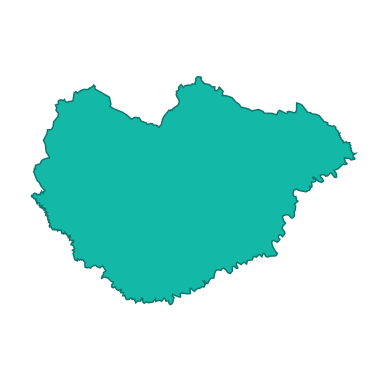 the district of Luvianos, México, Mexico, rotated 185°
{"feature_id": "50627088B51111814916404", "entity_name": "Luvianos", "entity_type": "district", "adm_level": 2, "iso_a3": "MEX", "parent_name": "Mexico", "parent_adm1": "México", "projection": "orthographic", "projection_center": [-100.389, 18.947], "detail": "fine", "context": "isolated", "style": "filled", "palette": "teal", "viewbox_px": 384, "rotation_deg": 185, "n_neighbors": 0, "source": "geoboundaries", "source_scale": "gbopen_adm2", "svg_char_len": 5988}
<svg xmlns="http://www.w3.org/2000/svg" viewBox="0 0 384 384"><g transform="rotate(185 192 192)"><path d="M203.9,77.9L202.6,78.5L201.5,80.5L200.8,85.5L202.6,86.7L202.3,88.2L194.8,86.1L194.2,87.2L194.9,89.1L194.2,90.5L187.7,90.2L184.7,90.7L185.6,94.9L185.0,95.9L181.0,93.2L178.2,96.4L175.9,96.7L173.9,98.5L171.8,98.4L170.8,101.2L173.1,104.3L171.5,104.3L169.4,102.0L168.4,102.2L166.4,106.9L165.2,107.9L162.8,108.2L162.2,113.4L161.3,116.0L159.0,116.8L156.3,116.5L155.0,118.5L153.7,118.8L151.4,117.5L149.6,115.2L148.0,114.3L146.7,114.3L144.8,117.0L145.4,120.8L145.0,121.4L143.8,121.6L141.0,119.8L139.9,120.0L139.9,121.2L141.5,123.2L141.4,124.9L140.6,125.9L136.8,124.0L134.1,126.8L131.4,125.0L130.8,128.5L126.0,129.8L125.2,132.8L124.5,133.2L122.1,132.7L120.0,135.4L119.0,135.5L116.8,133.5L115.6,137.1L114.5,136.9L112.7,134.2L111.2,133.8L109.0,134.9L103.8,135.5L102.4,136.3L101.6,138.4L103.6,140.0L106.7,144.4L108.1,148.1L108.0,150.2L106.6,151.0L103.2,149.5L102.2,149.7L100.3,152.3L101.9,154.1L102.1,156.1L100.3,157.2L97.9,155.4L95.8,158.6L96.2,160.2L99.1,163.5L98.6,165.9L96.1,169.1L98.0,171.0L99.6,174.4L99.4,176.1L96.5,177.5L93.8,177.6L91.2,175.1L89.9,174.7L88.3,176.3L87.9,177.9L88.5,181.0L87.6,183.1L87.5,187.0L88.8,188.8L85.7,192.1L87.1,192.9L88.1,196.5L89.4,196.3L90.9,197.4L91.2,200.3L90.7,202.5L88.1,204.2L85.8,202.9L78.6,202.1L75.4,204.1L74.4,205.5L75.3,207.8L73.5,207.0L72.9,207.9L73.8,212.1L70.1,213.1L69.7,214.0L70.1,215.7L72.5,216.2L73.0,216.8L72.7,217.5L71.0,216.9L66.9,213.7L63.7,212.9L62.0,214.5L63.3,216.8L65.3,218.1L65.6,219.4L65.1,220.3L61.8,220.7L60.0,219.3L58.2,220.1L55.7,223.2L54.6,222.8L51.6,219.4L50.5,219.0L49.2,219.6L49.9,222.9L52.4,226.0L48.5,227.9L44.0,232.9L41.8,232.6L40.0,233.7L42.4,235.9L42.2,236.6L43.1,238.3L43.1,239.5L41.3,238.9L38.4,239.4L36.2,237.8L32.7,239.0L32.9,240.0L34.4,240.3L34.6,241.5L34.4,242.8L32.5,244.6L34.9,244.0L35.0,244.9L36.7,246.3L36.8,247.6L37.7,247.9L37.3,249.5L38.3,251.0L38.0,252.1L39.3,253.7L39.1,254.8L42.0,254.6L42.8,255.4L45.6,254.3L45.9,256.1L48.2,257.8L48.6,259.1L49.5,259.6L49.5,261.1L50.7,261.6L49.8,263.5L51.2,263.4L52.2,265.8L54.2,266.9L54.4,268.8L55.1,269.5L56.6,270.2L58.4,269.6L62.9,270.7L62.7,272.6L66.8,273.8L71.6,278.8L75.0,280.2L78.7,280.1L80.8,281.3L83.9,281.5L90.0,288.2L92.9,289.4L95.5,289.8L95.0,282.8L95.8,280.3L96.8,279.8L102.4,280.8L103.9,280.2L103.4,279.5L104.3,278.5L105.5,278.5L111.8,281.0L112.9,280.1L114.4,276.2L119.1,277.3L126.5,276.8L127.9,277.3L128.2,278.4L132.7,280.0L139.5,278.0L143.3,279.8L150.5,280.8L153.0,283.7L156.2,285.4L160.4,289.5L165.8,290.8L170.3,290.8L169.9,291.8L170.4,293.3L169.7,294.9L173.8,298.8L174.5,297.9L174.3,296.9L176.6,294.9L178.2,295.2L178.5,298.7L181.0,298.5L184.4,300.6L189.5,301.0L189.9,302.0L192.2,303.7L193.0,305.6L192.6,306.1L192.9,307.1L193.4,307.3L196.7,307.3L198.2,305.2L197.7,303.4L198.6,300.9L198.2,299.7L201.2,299.7L203.3,297.9L205.0,298.3L208.9,296.8L209.8,295.4L212.0,298.0L212.9,297.5L213.7,295.5L214.3,295.4L214.5,294.0L213.8,293.4L214.4,291.8L216.3,291.0L216.4,290.5L215.7,289.2L216.3,288.0L215.5,285.9L212.7,282.0L212.8,278.5L213.6,277.2L218.2,273.4L218.7,271.7L220.0,272.1L220.2,271.3L222.0,271.5L226.1,265.5L227.6,262.2L228.4,256.6L230.9,253.5L232.0,254.7L233.8,255.5L236.5,255.2L237.2,256.6L238.9,256.7L242.5,255.3L243.6,256.8L248.9,258.2L251.0,261.3L255.7,261.4L258.5,259.1L263.7,263.0L268.8,265.6L276.8,267.9L280.1,269.6L281.2,270.3L280.4,272.4L282.6,279.3L297.3,286.0L298.1,287.9L297.7,288.6L299.3,290.0L300.3,288.2L303.6,286.2L304.2,285.1L309.0,284.7L312.1,283.0L314.7,280.5L316.4,281.9L317.1,280.9L317.9,281.0L318.6,272.3L323.0,271.2L324.3,270.2L326.4,271.5L327.2,273.0L328.1,271.7L330.2,272.5L332.5,271.7L333.1,270.9L332.7,268.0L335.6,266.8L334.1,264.0L334.6,261.5L331.9,258.7L332.0,255.6L336.0,249.8L336.0,244.9L337.5,242.0L341.3,241.4L341.6,237.3L344.5,230.6L342.2,226.6L340.7,219.1L337.3,214.8L337.2,213.3L338.7,213.3L343.1,211.4L344.7,209.8L345.8,206.8L350.1,204.9L350.5,203.0L349.9,201.3L351.1,201.2L351.0,199.0L351.5,198.5L347.2,189.8L345.2,188.4L342.8,184.7L338.5,180.3L339.8,179.3L340.0,177.7L341.8,179.5L341.7,178.7L342.7,178.3L342.8,176.1L344.3,176.4L345.6,175.5L346.5,175.9L346.7,176.7L348.7,177.1L349.8,176.2L350.3,174.6L351.5,174.6L351.3,173.3L349.3,172.5L349.1,171.7L346.6,171.3L347.1,170.4L346.1,168.9L345.4,169.2L345.7,167.6L345.2,166.7L344.8,167.6L343.4,167.8L343.1,167.0L342.6,167.8L343.2,164.5L342.5,165.5L342.1,164.6L340.6,165.1L341.9,163.6L340.0,162.9L339.5,163.6L338.9,162.4L338.6,163.2L337.8,163.2L337.4,162.7L338.3,161.5L337.9,161.2L336.5,162.4L336.5,160.1L335.7,159.8L336.5,159.1L334.6,158.8L335.6,158.1L335.8,156.3L335.0,156.9L334.3,156.7L334.3,155.3L333.3,155.5L333.6,153.7L332.8,151.1L331.8,151.3L332.2,149.1L331.2,149.1L330.6,148.3L331.2,146.2L330.9,144.9L329.9,145.7L328.7,143.5L327.5,142.5L326.0,143.2L326.1,142.3L323.0,142.5L322.7,141.8L322.4,142.4L322.0,141.9L319.2,142.6L318.0,139.4L316.5,139.1L316.5,139.9L315.5,139.6L315.2,140.5L314.8,139.4L313.6,139.6L313.4,138.6L312.3,138.3L312.0,137.3L310.7,137.5L311.2,135.7L310.4,135.7L309.5,137.1L309.7,133.3L308.9,133.9L306.7,132.6L306.6,133.3L305.9,133.4L305.6,131.5L307.4,130.8L308.0,129.0L305.8,128.5L303.9,125.5L306.1,123.5L304.1,122.3L305.1,120.3L302.9,114.4L300.4,113.3L300.2,115.6L298.4,114.2L297.0,115.2L296.2,114.6L295.2,115.3L292.6,112.6L292.0,107.8L290.0,107.3L288.2,107.8L286.4,107.4L284.3,109.9L281.5,110.5L280.1,109.4L277.0,108.4L274.6,110.7L270.9,105.8L273.1,104.1L273.1,102.0L274.7,99.2L274.5,98.1L272.1,99.7L268.2,99.0L264.6,95.8L262.6,95.6L262.5,94.7L264.0,92.2L263.6,90.4L262.2,89.7L260.5,90.7L258.5,88.3L256.8,87.6L253.9,88.8L253.9,87.7L254.8,86.7L254.1,85.4L251.4,85.9L251.9,82.6L249.8,82.9L248.5,79.9L247.4,79.1L245.2,79.6L244.4,81.1L243.1,80.8L242.3,79.8L240.0,80.3L238.4,76.7L236.6,78.7L233.5,78.9L232.9,82.0L232.0,81.6L231.1,77.9L230.0,77.0L227.4,78.8L225.9,77.9L221.5,78.9L219.2,82.4L218.5,79.9L214.8,81.5L212.7,80.4L210.8,83.8L209.5,83.2L208.3,80.9L206.1,81.7L204.9,78.7L203.9,77.9Z" fill="#14b8a6" stroke="#0f766e" stroke-width="1.5"/></g></svg>